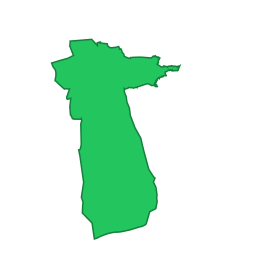 the district of Ayacucho, San Luis, Argentina, rotated 255°
{"feature_id": "61730980B39092532797168", "entity_name": "Ayacucho", "entity_type": "district", "adm_level": 2, "iso_a3": "ARG", "parent_name": "Argentina", "parent_adm1": "San Luis", "projection": "natural_earth1", "projection_center": [-66.166, -32.297], "detail": "fine", "context": "isolated", "style": "filled", "palette": "green", "viewbox_px": 256, "rotation_deg": 255, "n_neighbors": 0, "source": "geoboundaries", "source_scale": "gbopen_adm2", "svg_char_len": 5317}
<svg xmlns="http://www.w3.org/2000/svg" viewBox="0 0 256 256"><g transform="rotate(255 128 128)"><path d="M42.9,134.0L49.3,137.1L53.2,137.6L55.4,138.6L59.7,139.2L63.7,139.6L68.9,138.6L69.4,138.7L72.0,140.6L72.4,140.8L72.6,141.1L73.0,140.7L74.7,139.9L82.6,137.4L101.8,137.3L109.1,137.5L110.1,137.5L111.1,137.6L114.9,137.7L126.4,134.8L139.4,133.5L144.0,134.1L146.9,134.5L153.4,133.7L159.0,134.4L163.5,133.8L167.2,134.7L166.6,135.2L166.4,135.2L166.3,135.5L166.4,136.2L166.4,138.2L167.1,139.2L166.3,140.7L166.1,141.4L166.0,142.3L165.1,143.5L165.2,146.3L164.6,147.3L165.3,147.6L165.3,148.5L165.3,148.9L165.3,149.3L165.7,156.2L165.8,157.4L165.9,157.6L165.6,158.1L165.4,158.7L165.3,159.3L162.8,161.9L162.6,163.5L162.6,163.9L161.1,165.1L160.9,165.3L160.6,166.0L160.4,167.1L160.6,167.1L160.9,166.9L161.2,166.7L161.3,166.4L161.9,166.8L162.1,166.8L162.4,166.7L162.7,166.4L162.9,166.4L163.0,166.1L162.9,165.9L162.9,165.7L163.2,165.5L163.4,165.1L163.5,165.1L164.0,165.3L164.3,165.4L164.4,165.7L164.7,165.8L164.6,166.4L164.8,166.9L165.0,167.1L165.6,167.2L165.8,167.2L166.1,167.0L166.4,167.0L166.5,167.3L166.7,167.9L166.5,168.0L166.2,168.1L166.3,168.3L166.7,168.6L166.9,168.7L167.1,168.7L167.4,168.5L167.5,168.5L167.7,169.4L167.9,169.5L168.1,169.4L168.3,169.5L168.4,170.1L168.2,170.4L168.2,170.7L168.4,171.1L168.1,171.2L168.0,171.3L167.9,171.3L168.0,171.4L168.3,171.6L168.6,171.4L168.8,171.4L168.8,171.6L168.5,171.9L168.6,172.2L168.5,172.7L168.5,172.8L168.9,173.3L168.9,173.5L168.6,173.5L168.5,173.8L168.5,174.0L168.8,173.8L169.1,173.9L169.2,174.0L168.9,174.5L168.7,174.6L168.6,174.9L168.7,175.0L168.7,175.4L168.8,175.5L169.1,175.5L169.1,175.8L169.3,175.9L169.3,176.0L169.1,176.3L169.2,176.8L168.9,177.4L168.9,178.0L168.6,178.4L168.7,178.5L170.9,178.0L172.2,178.2L172.5,178.6L172.5,179.7L173.1,181.3L173.1,181.5L173.4,182.0L173.2,182.2L173.0,182.3L172.8,182.6L172.8,183.0L173.0,183.3L172.9,183.5L172.9,183.9L172.9,184.1L172.7,184.2L172.6,184.5L172.5,184.8L172.6,185.1L172.4,185.2L172.5,185.3L172.4,185.3L172.3,185.5L172.3,185.4L172.2,185.4L171.9,185.8L172.1,185.7L171.9,186.0L172.0,186.0L171.8,186.2L171.7,186.1L171.7,186.3L171.7,186.6L171.4,186.7L171.5,186.7L171.5,186.8L171.5,187.0L171.5,187.3L171.4,187.4L171.5,187.3L171.6,187.2L171.4,187.5L171.5,187.4L171.5,187.5L171.3,187.7L171.3,187.8L171.1,188.5L170.9,189.7L170.6,190.2L170.7,190.4L170.6,190.6L170.6,190.8L170.7,191.0L170.8,191.3L171.0,191.4L171.0,191.5L171.3,191.6L171.7,191.9L171.9,191.9L172.2,192.1L172.6,192.4L172.7,192.6L173.0,192.7L173.0,192.8L173.3,193.0L173.4,192.9L173.5,193.1L174.3,193.9L174.6,194.1L174.4,193.6L174.7,193.1L174.4,192.7L174.3,192.1L174.5,192.3L174.7,192.1L174.6,191.9L174.6,191.7L174.4,191.5L174.5,191.1L174.9,190.7L175.4,189.8L175.3,189.5L175.6,189.0L175.6,188.6L175.8,188.4L175.8,188.1L176.0,187.6L176.2,187.4L176.2,187.2L176.2,186.8L176.6,186.7L176.7,186.4L176.6,186.1L176.9,186.0L176.9,185.9L176.7,185.6L176.9,185.2L176.9,184.8L176.8,184.5L176.9,184.3L176.9,184.1L177.0,183.7L177.2,183.4L177.2,183.2L177.2,182.8L177.1,182.3L177.1,182.1L176.9,182.0L176.8,181.8L176.7,181.8L177.3,181.3L178.6,178.7L177.9,178.7L178.4,175.7L178.9,175.5L181.6,173.1L181.6,172.8L181.9,172.6L182.0,172.6L182.4,172.8L182.6,172.9L182.7,173.0L182.6,173.5L182.9,173.7L182.9,173.9L183.0,174.0L183.4,174.1L183.5,174.4L183.6,174.5L183.8,174.4L184.1,174.5L184.4,174.4L184.8,174.5L185.8,175.0L185.8,175.4L186.0,175.7L186.3,175.9L187.2,176.6L187.4,176.3L187.6,176.3L187.6,176.5L187.7,176.4L187.9,176.4L188.0,176.3L188.2,175.6L188.6,175.7L188.7,175.4L188.5,175.1L188.8,175.1L189.0,175.0L189.0,174.6L189.1,174.2L189.3,173.8L189.6,173.8L189.8,173.8L190.0,173.4L190.0,173.1L190.0,172.9L190.3,173.0L190.5,173.0L190.4,172.7L190.2,172.5L190.3,172.4L190.5,172.4L190.3,172.0L190.3,171.9L190.6,171.9L190.7,171.6L190.6,171.3L190.9,171.0L190.9,170.9L189.6,168.7L192.6,160.3L193.4,157.7L194.7,152.3L195.4,148.6L194.7,148.2L195.1,147.0L198.0,143.0L200.6,143.0L201.4,142.5L203.0,141.9L204.4,142.0L206.3,141.6L206.2,140.4L209.1,140.1L209.1,136.9L209.4,135.3L209.8,132.7L210.2,131.6L212.2,129.7L214.1,129.7L214.7,129.8L214.8,129.6L217.3,123.0L217.5,123.0L217.8,123.3L217.9,123.7L218.1,123.7L218.3,123.5L218.3,120.4L215.7,119.8L217.8,118.6L223.0,115.9L226.9,94.6L226.6,94.6L225.7,94.4L224.3,93.7L222.2,93.0L212.1,94.1L211.9,92.4L211.6,91.4L210.9,87.9L210.8,79.4L210.5,71.0L209.4,71.2L208.2,71.2L206.7,71.5L205.7,71.7L204.5,72.2L203.2,72.8L201.6,72.8L201.1,72.7L200.1,72.8L199.1,72.3L198.5,72.4L197.6,72.0L197.0,71.8L195.8,71.3L194.3,70.5L192.6,69.8L191.2,70.9L189.5,71.8L188.1,72.7L182.1,76.6L182.0,76.9L182.2,77.2L182.1,77.5L181.8,78.7L181.5,79.6L181.2,80.1L180.9,81.6L179.5,80.8L178.2,79.8L176.1,78.5L174.8,77.6L174.0,76.9L173.3,76.7L172.5,76.5L171.4,76.9L171.5,79.8L171.5,80.4L163.5,77.3L157.2,76.1L156.0,75.9L155.8,76.0L155.2,75.8L154.8,76.2L151.4,76.8L151.4,77.3L150.8,77.6L150.6,78.3L150.4,78.6L150.2,79.2L150.2,79.5L148.8,84.3L149.4,85.3L147.2,85.3L145.4,84.2L144.3,83.5L124.2,78.6L119.7,76.3L119.7,74.7L113.1,74.3L87.0,71.1L73.0,65.0L71.7,65.2L70.7,65.2L68.6,65.3L67.8,65.3L66.0,64.7L65.0,64.2L57.7,61.9L45.5,68.7L29.5,66.8L29.6,69.2L30.3,72.4L30.8,76.2L31.1,79.9L31.2,82.2L30.9,87.7L30.3,90.3L29.7,93.1L29.4,97.0L29.1,103.5L29.2,106.5L29.3,109.1L29.5,113.6L29.3,115.8L29.6,117.5L30.0,119.5L30.7,120.8L41.5,127.3L42.9,134.0Z" fill="#22c55e" stroke="#15803d" stroke-width="1.5"/></g></svg>